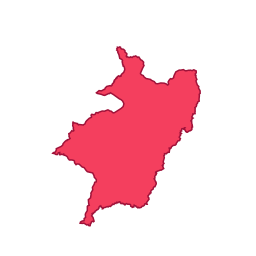 Coronel Portillo, Ucayali, Peru (Albers equal-area conic projection), rotated 62°
{"feature_id": "86281439B8316055413936", "entity_name": "Coronel Portillo", "entity_type": "district", "adm_level": 2, "iso_a3": "PER", "parent_name": "Peru", "parent_adm1": "Ucayali", "projection": "albers", "projection_center": [-74.152, -8.678], "detail": "fine", "context": "isolated", "style": "filled", "palette": "rose", "viewbox_px": 256, "rotation_deg": 62, "n_neighbors": 0, "source": "geoboundaries", "source_scale": "gbopen_adm2", "svg_char_len": 5874}
<svg xmlns="http://www.w3.org/2000/svg" viewBox="0 0 256 256"><g transform="rotate(62 128 128)"><path d="M188.5,173.5L188.3,172.7L189.3,172.2L189.0,171.6L189.2,170.1L189.9,169.6L190.3,170.0L191.6,169.6L191.6,168.5L192.5,168.1L192.6,167.4L193.2,167.1L193.7,167.3L194.5,166.8L194.0,165.3L194.1,164.7L194.9,164.4L196.2,162.2L196.8,161.8L198.4,162.3L199.1,161.8L199.2,161.4L200.1,161.5L200.4,159.9L199.9,159.8L199.7,159.3L199.1,158.8L199.9,158.5L200.4,157.7L201.2,157.8L202.6,157.0L202.6,156.6L203.2,156.6L203.1,156.0L203.9,155.3L204.3,153.6L203.7,152.2L204.1,151.1L203.9,149.9L202.9,148.6L203.2,147.9L204.1,147.3L204.3,146.9L202.6,146.7L200.7,142.8L200.0,142.8L199.5,142.4L198.4,142.7L197.1,142.0L197.1,141.4L196.4,140.4L196.4,139.4L195.8,139.3L196.0,138.1L194.9,137.8L193.9,136.7L193.8,134.6L192.5,133.5L192.2,132.4L192.5,131.8L190.6,129.3L189.6,128.8L189.1,129.0L188.3,128.6L187.6,128.9L186.3,128.6L185.2,128.8L185.2,128.2L184.6,127.6L183.4,127.2L182.7,126.1L182.5,125.2L181.8,125.2L181.8,124.5L181.4,123.9L180.9,123.9L180.3,124.5L180.0,124.3L179.8,123.4L180.4,119.1L180.8,118.5L180.6,115.5L178.2,115.4L177.9,114.8L177.2,115.2L176.1,112.8L175.2,113.1L174.0,112.5L171.3,109.9L169.2,109.3L169.1,108.5L167.8,107.8L168.8,106.1L168.1,104.6L168.8,103.0L166.6,101.4L165.1,101.1L165.3,100.5L166.1,100.1L165.8,99.2L165.0,98.4L164.6,96.4L165.3,94.2L165.0,93.2L164.3,92.7L162.8,89.9L163.3,88.4L162.9,87.7L162.5,87.7L162.0,86.7L160.2,87.1L159.4,86.1L159.4,85.3L158.8,84.8L158.3,84.9L157.9,83.5L157.5,83.9L157.0,83.8L156.7,84.2L156.4,83.4L155.4,83.1L155.8,82.0L155.0,81.7L153.9,80.7L154.3,79.9L154.9,79.7L154.3,78.1L154.5,77.8L154.7,78.4L155.6,78.4L156.1,78.9L157.0,78.5L158.1,78.7L158.6,78.2L159.1,78.3L159.6,77.6L159.3,75.1L159.7,74.1L159.5,73.7L159.6,73.0L159.0,72.0L157.6,71.6L157.4,70.5L156.7,70.4L156.2,70.6L155.8,69.9L154.0,69.6L152.1,68.7L151.7,69.1L151.1,69.0L150.9,67.9L150.0,67.4L149.8,65.9L148.8,66.5L148.1,66.4L147.5,65.3L146.1,64.2L146.5,63.8L146.4,62.9L146.8,62.0L145.5,61.5L144.6,60.7L143.5,60.4L142.6,59.6L141.4,59.4L141.1,57.7L140.1,56.7L139.3,56.5L138.9,55.1L137.8,54.4L137.7,52.5L136.0,51.8L133.0,49.8L132.0,49.5L131.5,49.0L131.4,48.1L129.0,46.9L125.8,47.0L124.6,46.0L122.7,46.6L119.1,46.1L118.0,45.6L117.5,44.4L114.8,44.2L113.8,43.4L113.0,43.8L112.4,43.2L111.8,43.2L111.3,41.8L109.6,41.0L108.8,41.9L108.2,41.9L107.4,42.9L107.5,44.4L106.1,45.9L106.1,46.5L105.6,47.0L104.7,50.1L103.9,50.9L102.5,51.6L101.6,54.5L100.9,55.6L100.9,59.4L103.0,62.3L104.1,63.5L105.0,64.0L105.3,66.0L105.1,66.6L104.5,67.0L104.6,68.3L106.0,70.8L107.0,71.3L108.1,71.4L108.5,71.8L108.7,72.7L108.6,73.0L107.1,73.5L105.4,75.0L103.6,78.0L102.9,81.0L101.8,82.6L99.4,83.0L96.8,85.0L95.8,85.2L92.7,88.9L90.2,89.9L88.9,89.9L87.4,91.1L86.0,91.5L85.5,91.3L82.1,87.1L80.3,84.5L78.9,84.5L77.2,83.3L74.9,83.9L73.6,84.8L70.4,85.1L70.1,86.5L69.0,86.7L67.9,87.5L67.9,88.6L67.3,89.6L67.7,91.3L66.8,91.9L66.8,92.4L66.3,92.6L66.5,93.2L66.3,94.0L64.9,95.0L64.9,95.6L64.2,95.9L63.4,95.5L63.0,94.8L61.7,94.1L59.6,95.0L58.2,94.4L56.4,95.0L55.0,96.8L53.8,96.9L53.1,96.7L52.5,97.2L52.6,98.4L51.7,99.4L52.3,99.7L52.7,100.6L53.0,100.5L53.7,100.9L53.9,101.4L55.5,100.9L56.4,101.5L59.0,101.6L62.7,102.6L64.6,101.3L66.0,101.2L66.9,102.2L68.0,102.2L68.8,102.8L70.1,102.7L70.6,103.2L71.2,103.2L71.4,102.7L72.5,102.7L74.3,103.2L75.1,103.6L76.8,105.6L77.6,108.7L79.0,109.9L78.9,110.3L78.3,110.5L78.6,111.1L78.5,111.4L77.5,111.9L77.8,113.6L78.4,114.0L78.2,114.4L78.7,114.7L78.5,115.5L79.0,115.7L79.3,117.4L80.1,117.8L80.0,118.3L80.7,118.5L80.6,118.9L81.4,119.8L81.7,121.1L82.4,121.6L82.4,122.0L82.7,122.1L83.0,122.7L82.8,123.5L82.2,123.8L81.3,127.3L82.1,129.6L82.7,130.0L82.9,130.7L82.6,131.5L82.8,132.9L82.6,134.3L81.4,136.0L82.1,139.4L83.0,139.0L85.7,135.8L87.5,134.3L88.3,133.2L88.5,128.9L89.0,128.1L88.6,127.0L91.6,125.2L98.3,121.9L99.7,120.8L101.7,120.1L104.6,120.2L106.8,122.2L107.5,125.0L108.1,132.7L107.7,134.0L105.2,135.0L104.3,136.2L103.1,136.7L102.5,137.4L102.1,140.9L100.9,142.8L100.4,146.5L100.7,147.5L99.9,148.0L99.4,149.0L100.5,150.8L100.1,152.1L98.9,153.5L99.3,154.6L101.2,155.0L101.4,155.5L101.2,157.6L102.1,161.0L102.7,162.4L104.2,164.2L104.2,165.6L104.4,166.0L102.1,169.3L102.0,170.2L101.4,170.5L100.4,170.4L100.1,171.2L99.2,171.7L98.5,172.9L97.0,173.7L97.7,174.5L98.3,174.5L99.9,175.7L102.3,176.1L103.1,176.8L104.8,177.0L105.0,177.4L104.7,178.4L104.0,178.9L105.2,181.3L105.2,182.9L107.4,183.7L107.8,184.1L110.1,184.1L110.3,185.8L109.9,186.9L110.4,187.8L110.0,188.1L110.3,189.8L111.3,192.6L112.4,193.6L112.9,195.5L112.6,200.8L112.7,201.2L113.6,201.4L114.9,203.1L115.1,204.0L114.8,204.9L115.1,205.2L114.8,205.8L115.0,206.3L116.2,204.8L117.3,204.3L118.2,203.1L118.3,202.6L117.2,201.2L117.6,199.8L119.5,200.9L119.8,200.6L119.8,199.2L120.6,198.6L120.8,197.0L122.1,197.3L122.6,196.3L124.7,195.1L126.9,195.2L128.7,194.8L129.9,192.5L131.3,191.0L132.1,190.9L133.7,191.5L136.0,191.1L135.8,189.9L137.0,188.1L140.9,186.8L142.4,185.3L145.8,184.9L147.5,184.4L151.1,180.3L154.3,180.4L155.5,180.9L158.7,180.2L160.6,181.3L160.3,182.9L161.7,184.1L163.7,187.3L166.1,188.2L168.1,191.4L169.2,191.7L172.1,193.9L172.7,196.7L176.5,198.3L178.0,198.5L177.8,199.9L178.1,200.7L181.8,202.7L183.4,205.4L184.3,206.3L187.1,207.5L187.3,209.2L188.7,209.9L189.2,210.4L188.6,212.2L188.7,214.1L189.6,215.0L191.1,212.6L191.3,211.6L194.3,209.9L194.5,208.5L195.7,208.5L196.5,207.5L196.2,207.0L194.8,206.1L194.9,205.6L193.8,204.4L193.6,203.3L194.6,202.5L194.4,201.7L190.6,200.9L188.5,201.3L187.8,200.2L186.7,199.9L186.7,199.2L187.3,198.6L186.6,197.8L186.7,196.6L186.1,196.2L185.9,194.2L185.6,193.9L185.8,192.7L185.2,191.4L184.4,190.9L183.8,189.8L184.3,189.5L184.0,188.6L185.5,188.6L186.3,188.1L187.3,188.6L187.5,187.9L186.9,186.7L187.4,185.7L187.6,183.2L188.4,182.7L188.2,182.0L188.3,181.3L189.1,180.2L188.6,179.1L188.5,178.1L188.0,177.4L188.9,176.3L188.2,175.1L189.0,174.0L188.5,173.5Z" fill="#f43f5e" stroke="#9f1239" stroke-width="1.5"/></g></svg>